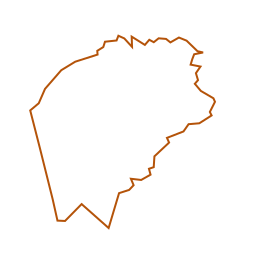 Whitley, Kentucky, United States of America (Mercator projection), rotated 75°
{"feature_id": "52423323B1147631697949", "entity_name": "Whitley", "entity_type": "district", "adm_level": 2, "iso_a3": "USA", "parent_name": "United States of America", "parent_adm1": "Kentucky", "projection": "mercator", "projection_center": [-84.171, 36.78], "detail": "fine", "context": "isolated", "style": "outline", "palette": "amber", "viewbox_px": 256, "rotation_deg": 75, "n_neighbors": 0, "source": "geoboundaries", "source_scale": "gbopen_adm2", "svg_char_len": 790}
<svg xmlns="http://www.w3.org/2000/svg" viewBox="0 0 256 256"><g transform="rotate(75 128 128)"><path d="M58.8,48.8L53.8,55.4L56.3,64.9L51.8,68.2L49.3,75.2L51.8,80.9L48.3,84.6L52.1,90.2L40.7,100.8L50.7,103.1L40.5,108.4L36.4,113.4L40.5,116.4L38.7,127.9L43.4,130.9L45.5,137.7L49.2,138.4L50.3,161.8L54.9,177.5L68.7,198.0L81.0,207.8L85.7,217.9L123.9,218.3L177.4,219.2L199.2,220.1L201.5,212.9L189.5,192.5L219.6,172.6L188.6,153.5L188.1,142.9L184.7,137.4L177.8,138.3L181.6,128.7L178.9,118.3L172.8,118.3L172.5,113.3L162.2,109.8L152.7,92.1L147.6,92.9L145.7,75.3L140.0,68.5L141.9,57.9L137.5,44.0L133.7,44.8L125.2,37.2L121.4,37.8L111.1,48.0L102.6,52.0L99.9,48.0L92.6,48.2L87.4,42.1L83.0,51.1L78.3,48.2L73.9,45.0L74.5,35.9L71.8,41.0L58.8,48.8Z" fill="none" stroke="#b45309" stroke-width="2"/></g></svg>